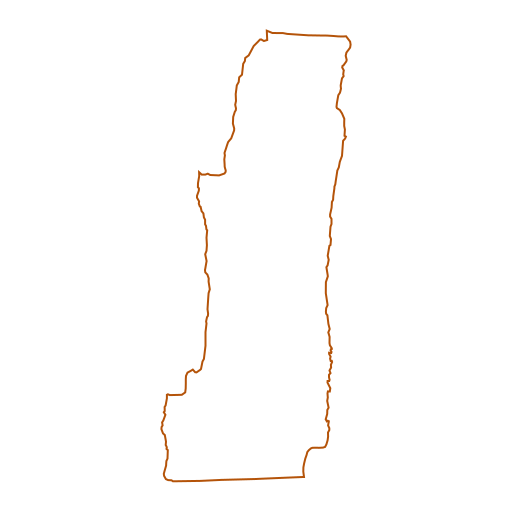 Kimvula, Bas-Congo, Democratic Republic of the Congo (Equal Earth projection)
{"feature_id": "63176286B83971453832478", "entity_name": "Kimvula", "entity_type": "district", "adm_level": 2, "iso_a3": "COD", "parent_name": "Democratic Republic of the Congo", "parent_adm1": "Bas-Congo", "projection": "equal_earth", "projection_center": [16.045, -5.418], "detail": "fine", "context": "isolated", "style": "outline", "palette": "amber", "viewbox_px": 512, "rotation_deg": 0, "n_neighbors": 0, "source": "geoboundaries", "source_scale": "gbopen_adm2", "svg_char_len": 4393}
<svg xmlns="http://www.w3.org/2000/svg" viewBox="0 0 512 512"><path d="M346.1,36.3L342.8,36.5L338.2,36.4L333.6,36.0L327.5,35.6L324.2,35.5L319.9,35.5L314.2,35.4L308.1,35.3L287.2,33.9L283.1,33.1L272.4,33.0L266.8,30.7L267.2,40.0L264.6,40.8L263.9,41.0L261.1,39.4L260.6,39.5L260.1,39.5L258.9,40.7L258.2,41.5L253.7,46.0L252.0,49.2L251.0,51.1L248.7,55.4L245.2,58.0L244.9,61.0L243.2,63.8L242.0,74.7L240.6,76.0L239.2,77.3L238.7,82.0L236.8,85.4L236.3,89.5L236.0,91.6L236.0,91.9L235.7,94.0L236.0,101.0L235.2,104.7L235.6,106.7L236.0,108.3L235.9,109.3L235.8,110.2L235.3,111.0L234.8,111.8L233.2,116.9L232.9,123.6L234.2,128.5L234.1,130.5L233.4,132.4L231.2,138.4L228.9,141.1L228.1,142.1L227.0,145.3L226.0,148.5L224.8,152.0L224.5,153.0L224.9,155.4L224.3,159.3L224.6,164.3L224.7,166.8L225.1,168.4L225.7,170.4L225.7,170.6L225.6,171.9L224.7,173.2L224.5,173.5L219.1,175.4L210.2,175.0L207.8,173.7L205.3,174.6L205.2,174.6L201.7,174.6L199.1,172.2L199.2,176.1L198.1,182.5L198.0,183.2L197.9,187.2L198.9,188.3L198.9,189.6L198.8,190.7L198.5,191.6L197.0,195.8L197.0,197.7L199.1,201.4L198.8,203.7L199.3,205.0L199.8,206.4L200.4,206.7L200.6,206.8L201.6,211.2L203.4,213.4L203.9,217.4L205.1,219.7L205.1,224.3L206.0,225.9L206.4,229.3L207.0,230.1L207.2,230.3L206.5,237.7L206.7,241.4L206.9,245.2L206.5,250.8L205.2,254.2L206.6,261.1L206.3,262.7L205.3,268.5L205.0,269.9L205.0,270.2L205.3,272.4L207.4,274.6L208.7,278.4L208.6,281.7L209.8,289.3L208.6,293.1L208.3,296.9L207.5,309.2L208.1,313.6L207.9,315.9L207.0,317.2L206.1,321.4L206.5,323.5L206.0,327.9L205.5,332.1L205.5,338.9L205.5,345.8L203.9,359.0L202.5,361.5L201.0,369.0L200.1,369.9L196.5,372.4L196.4,372.4L195.1,372.2L194.6,371.6L192.8,369.6L190.7,370.9L187.5,372.6L186.0,375.9L185.8,379.2L185.8,383.7L185.7,388.5L185.2,392.4L181.8,394.8L178.4,394.9L174.0,395.0L169.8,395.1L167.9,394.3L167.4,394.6L166.9,394.8L166.9,398.4L165.6,405.5L165.0,406.4L164.6,407.0L164.7,409.0L164.7,411.1L163.8,412.2L165.4,414.8L163.3,420.5L162.1,422.4L162.6,425.4L161.6,427.0L161.4,429.1L163.0,433.4L164.0,434.3L164.3,434.6L164.8,435.0L165.7,439.9L166.0,441.7L165.7,445.0L166.1,445.7L166.8,447.2L166.5,448.9L167.8,450.1L167.5,458.6L166.4,461.0L166.2,463.4L166.1,465.6L164.5,471.2L163.8,473.8L164.1,475.9L165.0,477.5L165.9,479.1L168.1,480.1L171.5,480.3L173.0,481.3L200.4,480.9L221.4,479.9L256.3,479.0L257.7,478.9L288.0,477.6L302.8,477.0L304.0,477.0L303.3,471.6L303.4,467.4L304.1,463.5L305.3,458.6L306.6,454.9L307.3,452.1L308.8,450.2L310.9,448.4L312.3,447.8L315.8,447.7L319.0,447.8L323.0,447.6L325.1,446.9L326.4,444.4L327.6,440.3L328.1,436.6L328.0,432.5L328.8,431.0L329.3,430.1L329.3,428.1L328.3,425.9L328.1,425.4L328.4,423.6L328.8,421.7L328.7,421.6L328.5,420.2L328.5,420.3L326.9,421.4L325.7,419.3L327.2,414.0L327.3,410.0L328.6,407.7L327.2,400.9L327.8,397.5L327.7,396.3L327.5,393.4L327.9,391.4L329.8,391.5L330.3,388.2L327.5,382.6L327.5,382.4L327.6,381.0L329.2,381.0L329.6,379.8L329.2,378.2L329.0,377.1L329.0,374.8L330.5,373.1L329.5,370.6L329.6,370.3L331.1,367.6L330.9,364.8L332.1,362.0L332.0,361.7L331.8,360.9L330.7,361.0L330.1,358.7L330.6,356.6L329.1,353.9L329.1,352.7L331.2,353.0L331.5,352.0L331.4,351.7L330.6,350.4L330.7,350.0L330.8,349.3L331.5,349.1L331.8,349.0L331.8,348.3L329.9,345.3L329.5,343.1L329.6,336.9L328.8,334.0L328.8,333.9L328.7,333.8L328.3,332.4L329.7,329.0L328.4,323.9L327.4,315.3L326.5,314.2L326.1,313.7L326.1,313.4L325.9,311.7L326.2,308.1L327.6,305.1L327.0,301.1L325.8,293.2L325.9,282.1L327.8,276.4L327.7,275.2L326.4,267.2L327.6,265.4L328.7,259.8L327.7,255.8L329.4,245.8L330.5,245.0L331.0,239.1L329.8,236.0L330.5,226.7L331.5,224.0L331.5,218.9L330.3,216.9L330.1,216.6L330.1,214.4L330.7,211.8L331.6,207.7L331.9,202.4L331.9,202.0L333.1,199.8L333.3,196.1L334.4,188.2L334.4,186.7L335.3,184.3L335.7,181.3L336.9,173.5L337.2,171.5L337.3,170.6L338.2,168.7L338.8,167.4L339.8,161.9L340.7,159.4L342.0,155.9L343.1,140.8L343.6,140.2L344.5,139.3L344.9,138.8L345.1,138.5L345.4,137.9L345.9,136.6L344.5,135.8L344.9,129.5L344.2,126.0L344.2,122.4L344.3,118.8L342.6,114.8L342.0,113.4L339.8,110.0L336.9,108.1L336.5,106.9L336.9,103.1L338.3,95.2L339.9,92.8L340.3,91.5L340.9,89.0L341.0,88.7L340.8,87.2L340.7,85.6L340.7,85.3L342.0,78.3L343.6,76.2L343.6,75.9L343.2,74.3L343.6,71.4L343.7,70.7L343.8,70.4L342.2,67.5L342.5,65.9L343.5,65.3L346.3,61.4L346.7,59.9L346.5,59.1L345.7,55.8L346.4,52.6L347.5,51.1L348.3,50.1L350.1,47.6L350.6,44.6L350.1,41.6L346.1,36.3Z" fill="none" stroke="#b45309" stroke-width="2"/></svg>